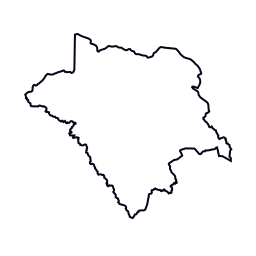 the district of Kasungu, Kasungu, Malawi, rotated 95°
{"feature_id": "42251766B4237185447418", "entity_name": "Kasungu", "entity_type": "district", "adm_level": 2, "iso_a3": "MWI", "parent_name": "Malawi", "parent_adm1": "Kasungu", "projection": "orthographic", "projection_center": [33.451, -12.996], "detail": "fine", "context": "isolated", "style": "outline", "palette": "ink", "viewbox_px": 256, "rotation_deg": 95, "n_neighbors": 0, "source": "geoboundaries", "source_scale": "gbopen_adm2", "svg_char_len": 5845}
<svg xmlns="http://www.w3.org/2000/svg" viewBox="0 0 256 256"><g transform="rotate(95 128 128)"><path d="M167.2,161.8L166.7,160.5L167.5,158.7L169.3,158.2L170.2,157.3L171.3,157.3L172.3,156.0L173.2,155.6L174.0,154.5L174.5,154.3L175.4,154.5L177.0,153.5L176.5,151.1L176.7,150.1L177.2,149.6L176.8,148.5L177.5,147.7L178.2,147.4L179.5,147.4L179.9,146.6L181.7,144.4L183.4,144.0L184.3,144.5L185.0,144.6L185.1,143.9L185.3,143.7L185.7,143.6L186.0,144.0L186.6,144.1L187.7,143.0L187.7,142.4L186.7,141.4L187.0,140.2L186.7,139.4L186.9,138.3L189.1,137.4L190.6,136.5L192.0,136.6L192.9,137.1L193.2,137.0L193.9,136.1L194.4,135.9L194.6,135.3L195.7,134.4L198.1,134.2L199.1,131.9L199.6,131.8L201.1,130.9L201.9,130.8L202.9,131.3L203.6,130.3L204.5,129.8L205.2,125.5L206.1,123.5L207.4,122.9L207.9,122.9L208.4,123.2L208.9,122.8L209.6,122.6L210.1,122.2L210.6,121.1L211.6,120.4L213.8,119.8L214.6,119.1L216.4,118.4L217.3,115.5L215.4,114.3L213.6,113.7L213.3,112.4L212.5,111.8L211.5,111.6L210.8,110.3L210.1,110.1L209.7,110.3L209.5,110.2L208.9,107.5L208.7,105.1L208.3,104.3L207.7,103.7L202.4,102.2L196.7,101.7L194.6,101.3L194.0,101.6L192.1,101.2L191.8,100.8L191.4,99.4L191.0,98.9L189.9,98.6L188.7,99.0L187.8,98.8L187.7,98.0L187.2,97.0L186.8,96.9L186.0,95.7L186.4,95.5L186.4,94.2L187.0,92.8L186.9,91.0L187.2,90.7L187.2,89.9L187.9,89.6L188.0,89.2L187.4,88.5L187.5,87.9L187.1,87.3L186.6,87.0L186.3,87.1L186.0,86.6L186.2,86.3L187.0,86.0L187.4,85.1L187.4,84.6L187.9,83.7L188.8,82.3L189.6,81.8L188.8,80.5L189.1,79.5L188.5,79.1L186.3,79.2L186.1,78.7L184.6,78.7L183.2,79.1L182.7,80.4L181.8,80.4L180.6,78.8L180.2,77.8L179.3,77.7L178.8,77.3L179.3,76.1L178.8,75.8L178.2,75.8L178.5,74.9L178.3,74.7L177.9,74.7L176.0,75.6L175.1,75.6L174.3,76.5L172.5,76.7L171.8,77.0L170.9,77.7L168.4,80.7L165.8,82.0L165.2,82.6L163.5,82.8L162.8,82.6L162.2,82.9L160.8,84.2L159.9,84.1L159.5,83.9L155.9,79.4L155.0,76.2L150.8,71.6L148.5,72.7L146.4,74.2L145.4,73.9L143.3,68.8L142.7,60.3L143.5,58.9L144.9,57.7L146.0,56.4L147.7,54.9L147.7,53.5L147.2,52.8L146.5,52.6L145.0,51.4L144.6,50.6L144.5,49.2L143.5,48.7L143.4,46.5L143.1,45.8L142.9,44.4L142.2,43.2L142.3,42.6L141.7,41.0L141.6,39.9L139.9,38.4L139.6,37.6L140.2,37.6L141.7,36.8L148.0,34.9L147.8,31.6L151.8,22.7L149.4,22.9L148.8,23.1L147.8,24.4L142.1,24.3L140.3,23.6L140.1,23.3L137.9,25.1L136.1,25.4L135.6,26.7L134.8,27.2L134.9,28.0L134.5,28.7L134.0,28.6L133.6,28.9L132.7,28.8L131.3,29.9L130.5,29.6L130.0,29.7L129.6,30.6L129.2,30.9L128.9,32.0L130.0,34.1L130.1,34.8L131.0,35.8L130.7,36.6L128.9,37.5L127.7,37.3L126.9,38.1L126.3,38.3L124.2,39.8L122.7,40.2L122.5,40.7L122.4,41.7L121.6,42.3L120.8,43.7L119.2,44.8L120.1,45.8L120.1,46.5L120.0,47.0L119.0,47.7L118.2,47.9L117.0,48.8L115.8,49.9L114.2,52.1L112.3,53.5L112.1,53.9L111.1,53.8L110.6,52.9L109.5,51.9L106.8,51.7L106.4,51.2L106.2,50.1L105.4,49.6L104.9,48.8L104.4,48.5L103.9,48.6L103.1,49.1L102.4,49.3L97.9,50.0L96.3,50.7L95.1,52.0L91.4,58.3L89.1,60.4L86.5,61.1L85.5,61.8L84.8,62.9L83.2,66.4L81.7,67.7L81.2,67.4L81.0,66.5L82.1,62.0L80.9,61.6L79.4,60.8L76.7,60.0L74.6,60.2L73.7,60.4L72.3,61.2L70.9,62.5L70.3,62.9L69.1,62.3L67.6,59.9L67.1,59.8L62.8,61.7L59.9,64.1L58.4,66.3L56.4,68.3L54.2,71.6L53.9,72.4L53.2,76.5L52.4,78.8L50.0,82.1L48.1,83.6L45.4,86.4L44.9,87.9L44.8,98.1L44.5,101.1L44.6,102.4L45.0,103.1L46.0,104.1L49.8,106.7L50.9,108.6L51.8,109.0L53.6,109.4L54.4,110.0L54.8,110.5L56.1,113.7L56.0,114.7L54.7,116.0L54.5,116.4L54.4,120.0L53.5,123.9L53.7,125.6L53.6,126.7L52.9,127.7L51.3,128.6L50.7,131.2L50.0,132.2L49.5,132.5L49.1,133.0L49.4,134.2L50.6,136.1L50.6,137.1L50.0,139.1L48.6,141.5L48.6,144.7L47.5,146.6L47.6,148.1L48.1,149.4L48.3,150.8L48.3,152.2L48.0,153.6L48.1,154.6L51.0,157.8L52.8,162.2L53.5,163.0L54.3,163.6L54.5,164.1L54.3,164.8L53.9,165.2L50.4,165.8L48.9,166.9L47.6,169.7L47.2,172.0L46.9,172.6L46.4,172.7L44.1,172.6L43.7,172.9L43.0,173.7L42.2,175.5L40.5,182.2L38.7,186.5L39.6,189.0L74.6,186.5L76.8,187.1L77.5,188.0L77.8,188.2L78.1,188.8L78.0,189.4L77.1,190.5L77.7,193.3L77.5,194.4L77.6,195.5L77.2,196.2L76.5,196.4L76.3,197.0L77.0,199.0L77.6,199.8L78.7,203.0L79.7,204.4L79.9,205.5L80.7,206.5L81.2,207.4L81.5,209.8L81.1,212.8L83.1,214.6L85.4,215.6L88.0,217.3L91.4,220.6L92.4,222.0L93.2,222.4L93.7,223.4L93.2,225.2L93.9,226.0L95.9,226.6L98.9,226.4L99.8,227.0L100.2,227.6L100.5,229.3L100.9,230.4L101.7,231.5L103.7,233.3L104.5,232.8L106.1,232.3L107.1,232.3L107.1,231.4L108.5,231.2L108.8,229.9L110.5,229.7L110.9,229.4L111.6,227.8L112.3,227.2L113.6,227.1L114.6,226.5L114.7,224.6L114.5,221.5L114.3,220.6L114.4,219.3L113.4,218.4L113.3,218.0L113.5,216.7L114.1,215.2L113.7,214.4L113.6,213.7L114.1,213.3L114.5,211.8L115.5,210.9L116.7,211.0L117.3,210.8L118.6,211.6L118.9,211.3L119.2,210.8L119.0,209.5L119.3,208.0L120.2,208.0L121.6,207.2L122.4,205.8L122.3,204.8L123.3,203.3L123.2,201.5L124.2,200.7L124.3,198.7L125.2,198.4L125.6,198.1L126.8,196.7L126.8,196.1L127.2,195.8L127.3,195.1L126.5,194.3L126.4,194.0L126.6,193.6L127.5,193.2L127.7,192.7L126.5,191.3L128.4,190.1L128.6,189.5L128.4,189.0L127.8,188.7L128.1,187.7L127.9,187.0L126.3,185.7L126.1,185.2L126.2,184.3L126.5,183.6L127.5,182.7L127.4,180.8L127.9,180.6L128.5,180.7L128.6,181.4L129.4,182.4L129.9,182.3L131.1,182.9L132.0,184.0L133.0,184.0L133.9,185.0L134.8,185.4L136.1,185.5L136.6,184.3L137.1,183.8L137.4,183.8L137.9,184.4L138.1,185.7L138.7,186.1L139.5,185.3L140.3,185.1L140.5,184.9L140.1,181.0L141.8,181.9L142.3,181.9L142.7,181.6L142.7,181.2L142.2,180.4L141.7,178.7L141.8,177.3L142.0,176.4L142.5,176.3L143.2,177.0L143.4,176.9L143.4,176.6L147.2,176.1L147.5,175.6L147.9,174.4L149.1,174.0L149.3,171.3L148.3,169.8L148.1,168.8L148.3,168.3L149.0,168.1L149.8,167.6L151.4,166.9L152.0,167.0L152.5,167.4L153.7,167.1L154.3,167.6L155.2,167.4L156.1,167.6L156.3,167.3L156.5,166.1L158.3,165.4L159.1,164.7L159.9,163.5L161.0,162.8L162.1,162.9L162.9,162.5L164.3,162.2L164.9,162.8L165.6,163.0L166.8,162.6L167.2,161.8Z" fill="none" stroke="#020617" stroke-width="2"/></g></svg>